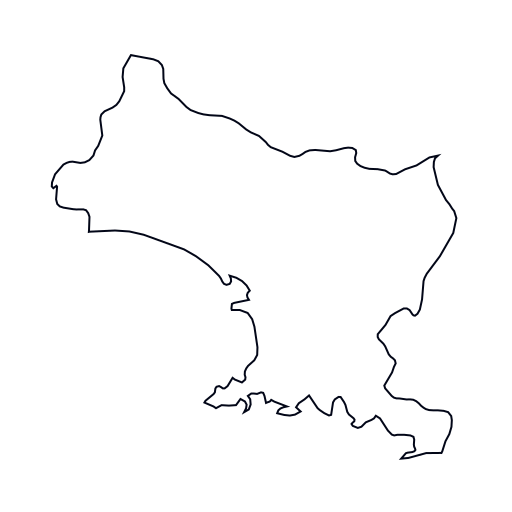 an SVG outline of Miyagi, rotated 95°
{"feature_id": "JPN-1866", "entity_name": "Miyagi", "entity_type": "Prefecture", "adm_level": 1, "iso_a3": "JPN", "parent_name": "Japan", "parent_adm1": "", "projection": "albers", "projection_center": [141.11, 38.38], "detail": "fine", "context": "isolated", "style": "outline", "palette": "ink", "viewbox_px": 512, "rotation_deg": 95, "n_neighbors": 0, "source": "natural_earth", "source_scale": "10m", "svg_char_len": 3705}
<svg xmlns="http://www.w3.org/2000/svg" viewBox="0 0 512 512"><g transform="rotate(95 256 256)"><path d="M436.1,54.1L436.1,54.8L437.5,69.3L443.9,86.6L445.2,93.7L439.4,89.5L438.7,87.8L437.7,83.2L436.7,81.2L435.3,80.3L433.9,80.8L432.2,81.8L430.2,82.3L425.1,82.4L422.4,83.4L421.3,86.6L421.2,93.0L421.8,99.6L422.7,102.7L422.1,105.1L418.4,109.4L407.0,118.3L404.7,122.7L407.5,124.3L409.3,126.8L412.1,132.1L416.9,136.1L418.4,139.6L416.8,144.8L415.0,146.2L413.6,145.2L412.1,143.7L410.4,143.6L409.1,144.7L405.8,149.6L403.3,151.5L396.6,153.9L393.8,155.6L389.1,159.4L389.2,161.5L392.0,165.0L395.1,166.5L407.7,167.3L408.5,169.4L406.6,174.3L403.9,179.1L402.2,181.4L390.3,191.0L394.6,195.2L398.9,200.5L403.2,202.9L407.0,198.0L410.6,203.3L412.0,208.4L411.9,214.0L410.8,221.2L407.8,220.3L405.8,218.4L404.3,215.5L403.2,212.1L399.5,225.0L398.0,228.3L399.5,229.3L400.2,230.4L400.7,231.7L401.5,233.2L394.8,235.3L391.7,236.9L391.4,239.1L393.3,242.9L393.2,245.9L393.4,248.7L396.1,251.9L399.2,249.3L404.4,248.4L409.5,249.8L412.6,254.2L408.6,252.6L404.9,252.4L401.9,254.3L399.8,259.0L406.3,262.9L407.4,269.9L407.6,277.3L411.1,282.6L409.6,285.2L406.5,294.6L404.6,293.7L397.2,286.2L395.4,285.1L391.5,284.9L389.7,283.9L388.8,281.4L389.7,279.3L390.8,277.5L390.6,275.7L388.1,273.0L379.4,268.7L380.9,266.4L383.2,259.0L380.1,256.0L377.7,255.9L375.3,256.9L372.0,257.0L368.8,255.9L366.1,254.3L360.0,248.6L354.5,246.2L346.8,246.6L326.6,251.4L319.3,254.3L313.5,259.3L311.2,267.5L311.9,275.4L310.5,275.9L305.8,275.8L304.6,273.6L300.3,259.2L298.0,260.9L295.7,261.6L293.3,261.0L291.1,259.2L286.2,262.8L282.2,267.7L279.4,273.7L277.9,280.5L280.5,279.1L283.5,278.6L286.1,279.8L287.3,282.9L286.5,285.5L284.3,287.4L281.5,289.0L279.0,291.1L269.4,302.7L261.5,315.7L255.7,328.2L244.6,369.8L242.6,384.3L242.9,398.7L246.3,424.0L246.5,424.6L244.7,424.6L231.5,425.3L227.9,426.9L225.2,429.3L224.6,432.2L225.3,439.2L225.3,442.3L224.6,452.0L223.7,455.8L221.5,458.5L217.0,460.1L204.3,460.2L203.5,460.9L206.1,463.8L204.5,465.5L200.5,465.6L192.1,463.3L181.7,455.8L179.7,452.7L178.5,449.9L178.0,447.0L178.6,439.1L177.6,434.7L175.0,430.4L170.1,426.7L164.8,425.5L160.1,422.8L149.4,419.6L133.8,423.0L131.3,423.0L128.5,422.4L125.0,419.4L120.7,411.9L117.7,408.3L113.8,405.7L103.3,401.7L99.5,402.0L89.3,404.5L80.6,404.5L66.8,398.1L69.0,375.4L70.5,370.3L74.0,366.4L77.7,364.7L87.5,363.6L91.8,362.4L96.7,359.0L101.5,354.8L106.3,346.8L113.6,338.3L116.3,333.9L118.6,326.0L119.5,320.7L119.8,314.7L119.4,302.1L121.3,294.2L123.0,289.4L125.3,284.8L130.8,276.8L133.3,271.9L136.2,263.4L141.8,256.0L144.2,253.8L146.3,250.8L149.8,238.8L153.2,230.8L154.0,226.4L152.4,221.5L150.3,218.5L148.0,215.8L146.1,211.8L145.2,206.2L145.2,191.3L143.7,185.5L140.9,177.7L140.0,173.6L140.0,169.5L141.8,165.8L144.7,165.1L149.0,165.9L152.7,165.4L155.2,163.3L157.3,159.8L158.6,155.6L159.3,150.7L158.9,142.4L159.6,134.9L160.2,133.5L162.2,129.7L162.7,126.9L162.1,123.5L156.6,115.0L151.8,104.0L142.7,91.8L140.1,83.4L143.1,86.2L146.8,87.0L152.0,86.8L169.3,81.0L183.7,71.6L187.6,67.8L191.7,64.7L194.0,62.5L200.8,59.7L215.9,61.5L240.2,72.8L258.7,84.3L263.0,86.1L266.4,86.9L284.8,86.8L295.1,88.1L299.5,90.1L301.6,92.4L301.4,93.9L300.6,95.0L296.5,98.3L295.1,101.2L295.4,104.3L300.7,112.4L304.1,116.7L313.4,121.0L323.3,127.9L326.1,127.7L328.3,126.3L332.3,121.4L334.8,119.4L342.4,115.2L344.6,113.0L346.1,110.5L347.8,108.5L350.8,107.5L354.4,108.9L360.1,110.3L373.9,116.9L376.6,115.8L383.6,108.6L385.1,106.2L385.6,103.6L385.4,100.6L385.8,93.6L385.4,90.0L385.5,86.8L386.7,83.7L388.6,80.9L390.8,78.5L392.5,75.9L393.7,73.5L394.4,70.1L394.3,66.3L393.9,61.2L393.9,55.6L394.8,51.0L398.4,47.6L402.5,46.6L409.2,46.4L416.6,47.9L424.0,51.1L434.3,53.4L436.1,54.1Z" fill="none" stroke="#020617" stroke-width="2"/></g></svg>